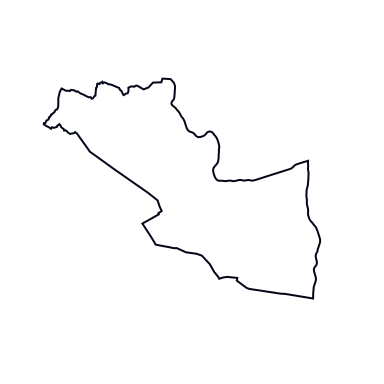 Jimaní, Independencia, Dominican Republic, rotated 342°
{"feature_id": "3306468B8700472779567", "entity_name": "Jimaní", "entity_type": "district", "adm_level": 2, "iso_a3": "DOM", "parent_name": "Dominican Republic", "parent_adm1": "Independencia", "projection": "equal_earth", "projection_center": [-71.817, 18.503], "detail": "fine", "context": "isolated", "style": "outline", "palette": "ink", "viewbox_px": 384, "rotation_deg": 342, "n_neighbors": 0, "source": "geoboundaries", "source_scale": "gbopen_adm2", "svg_char_len": 4604}
<svg xmlns="http://www.w3.org/2000/svg" viewBox="0 0 384 384"><g transform="rotate(342 192 192)"><path d="M312.0,198.2L303.9,198.0L301.2,198.0L299.5,198.1L298.4,198.3L297.4,198.6L295.6,199.6L294.6,200.0L293.5,200.3L291.8,200.4L266.6,200.2L256.4,200.2L254.7,200.1L253.2,199.9L252.2,199.6L250.2,198.4L249.3,198.0L248.3,197.8L245.8,197.4L244.8,197.1L243.9,196.7L242.4,195.8L241.5,195.4L240.0,195.1L236.9,194.9L235.4,194.7L234.5,194.4L232.5,193.3L231.6,192.9L230.6,192.6L227.6,192.1L226.6,191.8L224.2,190.6L221.6,189.8L220.7,189.4L220.0,188.8L219.4,188.0L219.1,187.5L218.9,187.0L218.6,185.8L218.4,184.6L218.3,183.3L218.3,181.3L218.4,180.0L218.6,178.7L218.9,177.5L219.4,176.6L220.0,175.8L220.3,175.5L221.1,174.9L222.7,174.0L225.2,172.2L225.9,171.6L226.4,170.8L227.7,168.1L228.1,167.2L228.8,165.0L230.0,162.2L230.7,160.1L231.8,157.6L232.1,156.5L232.3,154.6L232.4,152.6L232.4,150.7L232.2,148.7L232.1,148.1L231.8,146.9L230.8,144.5L230.1,142.4L229.9,142.0L229.3,141.1L228.6,140.5L228.2,140.2L227.3,139.9L225.9,139.8L225.0,140.0L224.6,140.2L222.3,141.6L220.9,142.1L219.5,142.3L217.6,142.3L216.1,142.1L215.2,141.9L214.4,141.4L214.1,141.0L213.4,140.3L212.9,139.4L212.2,137.4L211.4,136.2L210.4,135.2L208.9,134.2L208.2,133.5L207.6,132.7L207.2,131.8L206.9,130.6L206.7,129.4L206.7,122.2L206.5,120.9L206.3,119.7L205.2,116.7L205.0,115.6L204.5,112.7L204.2,111.7L203.1,109.3L202.4,107.2L201.8,106.2L200.1,103.5L199.8,102.5L199.7,102.0L199.8,101.5L200.0,101.0L200.4,100.3L201.0,99.7L202.9,98.6L203.5,97.9L204.1,97.1L204.6,96.2L205.2,94.7L206.4,91.8L207.2,89.7L208.0,87.8L208.3,86.8L208.5,86.2L208.6,85.0L208.6,83.8L208.5,82.7L208.3,82.1L207.9,81.1L206.5,78.0L200.2,75.5L198.9,75.1L196.7,78.2L188.7,75.9L183.0,79.1L177.6,79.4L173.4,74.6L172.3,73.7L171.0,73.5L169.8,74.1L167.0,72.8L163.8,73.1L162.8,76.3L161.5,78.1L160.0,78.1L159.8,78.1L159.4,78.1L159.2,78.1L157.1,78.8L156.6,78.1L156.4,76.5L156.1,73.9L155.3,73.2L154.8,70.8L154.8,70.5L153.6,69.5L149.1,65.6L146.7,63.9L145.9,63.9L144.6,62.2L142.8,60.8L141.5,60.8L141.0,59.8L140.5,60.8L139.7,59.8L138.4,59.8L137.4,60.8L136.1,59.8L135.3,59.8L135.1,60.3L134.8,60.9L134.3,62.2L134.2,62.4L133.5,63.3L133.0,63.3L131.2,67.4L129.9,70.5L129.1,70.5L126.7,72.3L125.4,72.3L124.9,70.5L122.9,69.9L121.0,68.1L118.7,65.7L116.6,64.0L115.7,62.8L114.3,60.9L113.4,60.9L113.0,60.9L112.2,59.9L111.7,59.2L110.7,58.6L109.9,58.1L108.6,57.5L108.0,57.5L107.9,57.6L107.3,58.2L103.6,56.8L102.6,56.0L102.3,55.7L101.8,55.1L100.8,54.1L100.0,53.3L97.4,55.7L95.8,58.3L93.8,61.6L93.0,64.1L91.2,69.3L89.4,71.7L88.1,71.7L87.3,72.1L87.0,72.2L86.2,73.3L83.4,74.5L83.2,74.8L82.7,74.8L81.9,74.8L81.6,75.3L81.3,75.8L81.0,75.8L79.8,76.9L78.9,76.9L78.7,77.6L78.2,78.3L76.9,79.0L75.6,79.0L75.4,79.4L74.0,81.0L72.5,80.7L72.0,81.7L72.5,82.4L73.8,84.2L74.5,84.8L75.6,85.9L76.5,87.0L77.5,88.3L78.8,87.2L79.2,87.5L80.6,88.3L80.9,88.3L83.7,88.3L84.5,87.2L85.5,87.2L86.8,86.5L87.6,88.3L87.6,90.0L89.4,92.4L89.4,94.1L90.7,94.1L91.7,95.5L92.5,97.2L93.8,99.0L98.0,99.6L98.8,99.2L99.3,98.9L100.6,100.7L101.6,103.8L101.8,104.5L105.5,116.1L107.0,120.9L107.0,121.0L107.3,122.1L108.6,123.8L125.0,146.2L150.0,179.3L155.0,186.8L156.7,189.3L156.7,195.9L157.3,200.7L154.7,201.4L153.5,201.7L153.4,201.8L153.5,203.0L135.1,206.7L136.8,213.2L139.0,221.3L139.3,222.5L140.6,227.9L140.6,228.2L141.2,230.8L145.6,233.3L153.2,237.4L156.8,239.5L157.3,239.8L159.5,240.4L159.9,240.5L160.6,241.1L163.0,243.2L167.5,247.4L177.3,252.2L181.1,255.1L181.7,255.6L186.7,266.3L188.0,272.9L188.5,275.3L190.6,280.5L191.1,282.9L194.8,282.9L199.2,283.6L203.7,285.6L208.5,287.7L207.2,290.1L211.1,295.6L214.3,300.1L216.6,301.9L244.7,316.0L249.1,317.7L255.7,321.1L274.2,330.7L275.2,328.0L275.9,325.9L277.2,323.0L278.0,320.9L278.5,319.9L279.2,318.9L282.0,315.1L282.6,314.1L283.0,313.0L283.3,311.8L283.4,310.6L283.5,306.4L283.6,305.2L283.8,304.0L283.9,303.5L284.4,302.6L285.0,301.8L285.7,301.2L286.8,300.5L287.6,300.0L288.2,299.3L288.5,298.8L288.9,297.9L289.2,296.8L289.6,292.1L289.9,291.0L290.1,290.5L290.6,289.7L291.1,288.9L292.7,287.5L293.0,287.1L293.9,285.3L294.6,284.4L297.7,280.2L298.3,279.2L298.8,278.0L299.0,277.4L299.2,276.2L299.3,274.3L299.3,268.4L299.1,265.2L299.0,264.0L298.6,262.9L297.6,260.5L296.9,258.4L295.8,256.0L295.5,254.9L295.3,253.7L295.3,252.5L295.3,250.7L295.4,249.5L295.7,248.3L296.6,245.9L296.9,244.8L297.1,243.7L297.4,240.1L297.6,238.9L297.8,237.8L298.7,235.4L299.0,234.2L299.4,231.9L299.6,230.8L300.8,227.9L301.5,225.8L302.4,224.3L303.9,221.9L304.5,220.9L304.9,219.9L305.5,218.3L306.8,215.4L307.5,213.3L308.6,210.4L308.9,209.3L309.2,207.0L309.5,205.8L310.6,202.9L311.3,200.1L312.0,198.2Z" fill="none" stroke="#020617" stroke-width="2"/></g></svg>